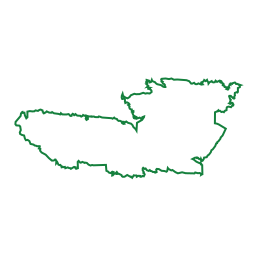 outline of La Concordia, Santo Domingo de los Tsáchilas, Ecuador
{"feature_id": "8360857B34762572283066", "entity_name": "La Concordia", "entity_type": "district", "adm_level": 2, "iso_a3": "ECU", "parent_name": "Ecuador", "parent_adm1": "Santo Domingo de los Tsáchilas", "projection": "albers", "projection_center": [-79.436, -0.044], "detail": "fine", "context": "isolated", "style": "outline", "palette": "green", "viewbox_px": 256, "rotation_deg": 0, "n_neighbors": 0, "source": "geoboundaries", "source_scale": "gbopen_adm2", "svg_char_len": 5837}
<svg xmlns="http://www.w3.org/2000/svg" viewBox="0 0 256 256"><path d="M24.9,138.5L25.9,140.2L27.6,139.9L29.4,141.1L30.5,143.9L33.6,144.6L34.6,145.5L36.0,145.7L36.9,146.2L39.7,146.2L39.8,146.8L38.9,148.5L40.3,148.9L40.1,150.7L41.6,152.5L45.7,154.7L48.9,158.1L51.9,160.6L53.7,160.5L54.6,160.1L55.1,159.5L55.6,159.6L56.3,161.0L56.2,163.4L57.3,162.2L58.4,164.6L59.4,165.1L60.3,164.9L61.3,166.1L61.6,167.2L62.6,166.7L63.0,167.2L64.9,166.9L65.3,168.2L67.8,167.4L69.1,168.1L70.4,168.2L70.9,168.8L74.1,166.9L75.6,167.3L75.4,168.1L76.1,168.8L77.9,168.2L77.7,161.9L78.6,160.9L80.2,162.6L80.8,162.7L82.4,161.9L84.6,162.9L84.9,162.6L86.8,162.9L88.5,164.6L90.5,165.5L92.1,165.0L93.4,165.3L105.9,164.9L106.4,170.8L108.1,171.6L109.1,172.7L111.2,173.2L111.6,172.2L112.3,171.7L113.6,172.1L113.4,173.0L112.5,173.5L112.2,175.5L112.7,175.4L114.2,173.8L115.9,173.0L116.8,172.0L117.3,172.7L116.3,173.4L116.4,174.0L118.9,173.8L121.5,175.1L121.9,176.2L122.8,176.8L124.6,176.7L127.2,175.0L131.7,177.5L131.6,176.8L132.6,177.1L133.8,175.3L135.0,175.6L136.2,175.4L137.1,175.8L137.0,176.6L138.6,175.8L140.2,175.9L140.3,176.7L140.7,176.8L141.7,176.6L142.5,175.9L143.8,176.3L144.7,174.4L144.2,173.4L143.4,172.9L143.8,172.4L143.7,171.9L142.7,170.4L142.7,168.4L143.2,167.8L144.7,168.9L145.6,168.5L146.8,170.2L148.7,170.9L149.8,170.1L150.5,171.0L151.6,171.1L152.9,172.0L154.4,171.9L155.0,172.5L155.7,172.0L155.9,172.4L156.6,172.1L156.2,169.6L156.8,168.9L158.9,169.1L161.6,170.8L164.4,171.0L166.5,171.7L167.2,171.0L167.8,168.0L168.5,168.9L170.8,170.2L171.4,170.4L172.4,170.0L175.5,172.2L177.9,173.3L182.1,172.3L185.6,173.2L194.5,173.4L195.2,172.5L197.9,173.2L199.8,173.0L201.3,174.3L201.2,174.8L202.0,174.3L202.4,175.0L202.2,165.1L201.0,164.5L201.3,163.9L200.9,163.2L199.2,163.0L196.4,161.7L193.7,159.5L192.5,159.0L195.0,157.7L196.3,157.6L196.6,157.9L196.9,157.6L197.1,158.0L198.1,157.9L198.6,158.8L199.8,158.9L200.6,159.8L200.9,158.9L201.2,159.7L202.2,160.3L201.7,161.0L202.5,160.8L203.6,159.3L204.1,157.6L206.7,157.2L207.7,155.5L209.0,154.6L210.8,152.2L211.4,150.3L212.8,149.3L215.2,146.1L216.2,143.5L217.1,143.2L217.2,142.2L218.4,141.3L220.4,138.7L220.7,137.5L222.6,135.5L225.8,128.7L218.7,124.4L217.0,123.7L214.9,123.3L215.0,112.3L217.0,111.4L218.1,110.5L218.2,111.2L219.8,110.7L221.4,112.0L223.0,111.7L223.9,112.2L225.0,110.7L226.5,110.2L226.7,107.7L227.2,107.0L228.7,106.6L231.0,107.2L232.0,105.9L233.2,105.5L233.4,104.7L232.3,103.8L232.9,103.6L232.5,102.9L231.4,102.7L231.0,103.4L230.2,103.9L229.2,103.3L230.3,102.7L230.1,101.4L230.8,99.8L230.1,99.1L229.1,96.2L229.3,95.9L230.8,95.9L233.1,98.2L234.0,98.6L234.5,98.2L234.2,96.7L235.0,95.3L234.7,94.3L234.9,92.9L236.9,92.1L237.4,92.5L237.7,92.3L237.9,91.6L237.9,88.0L239.8,87.2L240.0,85.3L240.6,85.1L239.2,84.6L238.7,84.8L237.7,83.9L236.1,84.0L235.4,82.8L234.9,82.5L232.3,83.3L232.2,83.8L230.7,83.5L230.6,84.4L230.2,84.0L229.7,84.2L229.3,85.7L228.5,86.7L229.1,87.6L228.7,87.7L228.4,89.1L227.9,89.6L226.4,89.0L227.2,88.2L227.2,87.4L224.7,87.0L224.7,86.3L222.7,85.2L222.8,84.4L223.6,84.3L223.5,83.8L222.0,82.8L221.2,82.8L220.2,82.2L219.9,81.8L220.1,81.4L221.6,81.8L221.3,81.2L219.7,80.6L217.0,81.9L215.6,80.7L214.8,82.2L213.3,82.4L212.2,82.0L211.7,81.1L209.5,82.3L208.5,83.6L208.3,82.3L207.4,81.0L207.0,79.9L205.7,81.1L204.2,80.0L203.6,81.3L201.2,82.5L201.3,83.4L201.7,83.0L202.4,83.2L202.3,84.1L202.6,84.4L201.4,84.6L198.4,83.4L196.9,84.2L195.4,84.1L194.1,82.8L192.3,83.6L191.2,83.6L189.2,81.2L186.5,80.2L177.4,79.5L173.9,79.7L171.5,78.5L169.0,79.1L165.6,78.5L161.8,78.8L161.2,79.3L161.6,80.2L161.4,81.0L162.5,81.6L162.0,82.0L162.6,82.5L162.9,83.6L164.2,84.1L164.8,84.8L164.6,85.5L165.4,86.6L165.4,87.0L164.4,87.0L163.2,86.7L161.0,85.1L157.2,84.2L155.9,83.3L155.0,82.2L152.3,81.1L151.8,79.9L151.1,81.9L149.9,82.4L149.1,80.7L147.5,80.2L147.8,81.0L146.8,80.5L147.1,82.0L146.3,81.7L146.1,82.1L147.3,83.6L147.2,83.9L146.4,84.1L148.2,85.9L147.3,86.8L148.2,86.6L148.1,87.5L149.4,87.7L148.2,88.2L148.3,88.9L150.1,88.8L150.1,89.4L151.0,90.0L151.5,90.8L151.6,92.0L149.7,93.5L147.0,93.2L145.5,93.6L143.2,92.8L139.5,94.1L136.1,94.2L134.3,93.8L130.8,95.3L129.6,97.0L127.6,98.3L125.5,97.6L123.1,95.9L122.6,93.8L121.8,95.8L121.7,97.7L122.1,98.9L122.7,99.0L123.6,98.2L124.4,98.8L125.0,99.9L124.9,101.4L125.3,103.0L126.9,102.3L128.5,103.1L129.4,104.2L128.1,105.0L129.6,106.4L129.3,107.3L129.7,108.6L130.9,109.4L131.8,109.5L131.8,111.6L133.4,111.1L133.5,112.0L132.5,113.4L133.5,115.5L135.0,116.3L135.3,116.8L134.8,117.8L133.7,117.6L133.9,118.1L135.0,118.5L135.8,117.8L135.9,117.0L136.3,116.9L136.8,117.3L136.8,118.6L139.7,117.6L141.4,119.0L142.3,117.2L144.1,116.5L144.0,117.1L142.1,119.9L137.0,122.8L136.5,130.6L135.6,129.1L133.4,127.0L132.5,125.1L131.1,123.7L128.0,122.8L126.2,121.5L124.9,122.5L123.9,121.8L123.2,121.8L123.1,122.8L124.0,123.8L123.4,123.9L122.1,123.1L121.5,121.5L119.9,120.8L118.6,120.9L117.4,120.0L116.9,119.0L115.0,118.5L114.2,117.6L112.6,118.7L111.6,118.2L102.1,117.5L99.6,116.6L98.7,116.5L98.3,117.1L95.8,117.1L94.8,117.0L93.9,116.5L92.4,116.7L91.9,116.4L91.3,116.7L91.1,116.4L89.3,116.5L87.8,116.1L87.9,119.1L86.5,119.9L85.7,118.7L86.3,116.7L85.8,116.4L85.9,115.5L85.4,115.4L84.2,115.7L83.1,115.0L82.4,116.0L81.2,116.6L80.4,115.8L77.2,115.6L75.5,114.1L74.5,115.2L74.1,115.2L73.5,114.2L72.7,113.8L71.8,114.8L71.6,115.8L70.8,116.0L69.8,115.5L69.3,114.6L68.5,114.1L66.2,114.5L62.3,114.4L60.9,113.2L60.4,114.4L60.0,114.4L58.6,113.9L54.0,113.3L52.1,112.1L51.6,112.7L49.2,112.6L46.7,111.4L45.7,112.4L43.8,113.4L43.5,113.2L43.4,112.3L42.7,111.8L42.5,110.4L40.7,109.6L39.4,109.9L38.0,110.9L35.5,110.4L34.3,111.3L32.3,111.4L29.8,111.1L27.4,111.6L27.4,117.3L26.3,118.3L24.9,115.4L24.4,112.7L23.0,112.9L22.6,111.9L22.1,112.1L21.0,113.5L20.6,116.0L15.6,121.9L15.4,124.2L16.3,125.4L19.3,125.6L20.2,126.5L20.8,130.1L19.8,132.4L20.1,133.9L21.8,134.9L24.1,135.5L24.9,138.5Z" fill="none" stroke="#15803d" stroke-width="2"/></svg>